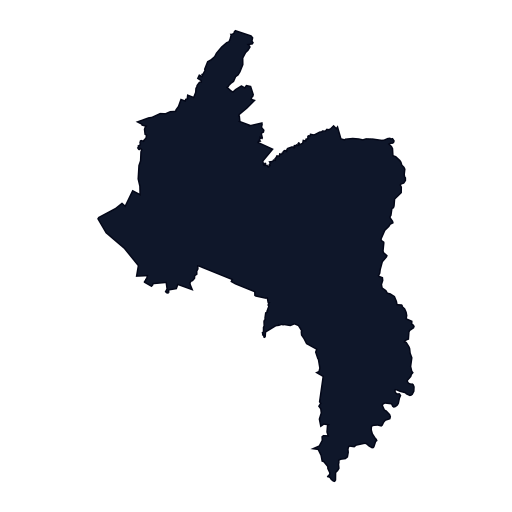 the district of Colima, Colima, Mexico
{"feature_id": "50627088B47907092422730", "entity_name": "Colima", "entity_type": "district", "adm_level": 2, "iso_a3": "MEX", "parent_name": "Mexico", "parent_adm1": "Colima", "projection": "orthographic", "projection_center": [-103.617, 19.099], "detail": "fine", "context": "isolated", "style": "filled", "palette": "ink", "viewbox_px": 512, "rotation_deg": 0, "n_neighbors": 0, "source": "geoboundaries", "source_scale": "gbopen_adm2", "svg_char_len": 6063}
<svg xmlns="http://www.w3.org/2000/svg" viewBox="0 0 512 512"><path d="M251.9,41.1L252.6,37.8L251.0,35.9L235.4,30.7L234.4,31.8L234.0,33.3L232.1,34.4L230.9,34.4L231.2,35.0L230.2,39.0L229.0,41.8L226.7,42.7L221.7,47.0L216.5,53.2L214.7,56.7L211.0,59.9L207.7,61.7L204.7,69.2L205.1,70.4L203.0,74.2L202.3,74.4L202.7,74.7L202.0,76.6L199.3,75.2L197.8,78.4L201.3,80.6L201.3,82.0L199.4,82.4L197.1,85.5L196.9,86.9L196.0,88.3L195.7,92.4L193.7,97.5L187.7,95.2L187.4,97.7L187.7,98.7L185.7,99.4L185.2,101.1L181.0,99.5L178.5,106.5L176.0,109.9L175.7,111.4L170.3,111.7L165.5,113.8L160.2,113.6L152.0,117.4L148.6,117.9L137.5,121.9L141.8,124.1L142.1,125.1L146.2,126.2L145.2,127.4L144.5,129.3L145.1,134.3L146.6,135.2L146.0,138.1L143.5,140.8L144.2,141.5L141.3,140.6L140.5,140.9L140.0,142.8L140.4,144.0L140.0,145.0L138.3,146.0L138.6,147.1L137.8,147.9L138.8,149.4L139.4,149.5L140.6,148.5L141.8,149.7L141.0,151.8L140.6,160.8L139.0,165.5L138.2,178.9L139.9,186.2L140.1,194.7L132.7,190.8L125.2,206.3L122.0,203.4L115.8,208.4L98.8,217.5L98.0,218.8L106.2,232.8L124.4,248.3L138.4,265.6L136.6,276.1L147.4,275.6L146.7,278.7L145.8,279.3L145.7,280.6L144.6,281.3L144.5,282.2L151.5,286.2L152.6,285.0L153.1,283.6L166.2,282.4L167.1,288.9L165.6,291.7L166.8,292.8L167.9,293.0L168.0,292.2L168.7,292.1L168.6,289.9L176.3,288.6L177.8,284.4L192.2,289.6L190.2,284.7L189.9,282.8L191.1,281.1L192.5,280.6L194.5,278.3L194.7,275.6L196.8,274.2L196.7,271.2L197.9,268.9L197.7,265.8L198.7,265.9L232.3,279.5L231.3,281.5L235.4,283.8L254.8,291.7L254.9,295.4L255.8,296.0L265.5,298.1L267.3,298.0L268.2,302.6L269.3,302.7L268.1,305.0L268.9,306.3L267.6,309.5L267.7,310.8L267.0,311.0L267.0,312.4L265.7,312.9L265.0,318.1L265.3,319.4L264.3,320.4L264.0,321.6L264.2,325.9L263.5,327.4L263.5,331.8L262.4,332.8L262.9,333.8L262.7,334.9L263.6,335.3L264.1,337.2L264.6,337.3L265.2,336.5L265.5,332.0L275.8,325.7L278.8,325.3L278.9,324.7L279.6,325.0L281.8,324.3L283.0,324.8L284.2,324.5L290.3,325.5L294.4,323.8L298.5,325.5L301.8,330.9L301.3,331.8L301.6,335.0L304.0,338.5L306.6,343.6L316.8,349.2L315.7,352.1L317.9,358.7L318.4,359.1L319.9,368.2L319.0,371.6L316.7,372.6L323.2,376.4L319.6,401.8L320.8,403.3L318.9,406.2L320.8,408.8L321.3,413.0L319.4,419.1L320.8,426.2L323.8,424.1L328.5,424.7L327.5,425.6L327.0,432.0L328.3,435.9L323.4,435.7L322.1,436.8L322.3,440.4L319.3,446.0L313.1,448.7L318.2,449.4L321.1,455.3L322.2,461.1L323.7,461.5L327.8,466.5L327.9,468.6L329.7,472.4L329.9,473.9L328.6,475.8L327.2,476.7L328.1,476.6L330.0,477.4L331.3,479.4L333.3,481.0L334.6,481.3L335.5,480.0L335.6,472.5L337.6,470.5L338.9,468.3L338.5,464.5L338.9,462.3L338.7,460.3L340.6,459.2L345.3,458.6L347.4,456.9L348.2,452.4L347.9,449.0L348.8,446.3L350.1,446.1L354.2,446.7L356.1,445.1L364.4,443.3L366.2,443.5L369.1,446.0L372.1,447.7L373.3,447.5L373.9,446.6L375.6,441.4L376.7,440.6L376.2,439.2L375.5,438.8L372.3,433.8L371.2,429.9L371.4,426.8L372.3,425.6L373.9,425.3L377.7,425.0L381.2,425.9L382.2,425.1L383.5,422.3L385.3,420.2L389.8,418.7L390.3,416.7L389.6,414.6L386.2,411.0L384.4,410.1L382.2,405.3L383.2,403.8L385.0,403.0L391.6,403.8L392.7,406.2L393.8,407.0L395.4,406.5L397.3,405.0L398.3,403.3L399.4,398.1L400.5,395.5L399.4,393.9L397.1,394.0L396.0,393.3L394.8,391.2L395.2,389.7L396.7,389.8L400.1,391.3L405.4,392.7L406.4,393.8L409.8,395.4L410.9,395.2L412.2,394.3L413.8,391.2L414.0,386.9L413.1,384.7L412.3,384.1L410.9,384.2L408.5,383.3L407.3,381.4L407.4,380.2L410.7,376.5L411.4,374.3L412.8,372.7L411.7,371.2L410.6,366.5L411.8,357.8L410.1,353.2L409.6,348.6L408.9,346.8L406.2,342.5L404.4,342.1L404.7,341.2L406.4,339.8L408.4,339.1L408.9,332.0L409.7,330.4L413.5,327.8L414.0,326.3L412.9,324.8L411.7,324.2L411.8,321.3L406.1,318.8L406.7,315.6L406.1,312.3L404.6,308.9L402.3,306.8L402.0,305.4L401.5,305.0L397.0,304.7L396.4,301.5L394.4,296.6L390.2,293.9L387.3,293.2L385.8,290.6L382.1,288.0L381.4,284.5L382.7,280.4L382.4,277.7L379.2,276.5L378.4,275.6L379.7,273.3L380.2,269.5L382.3,261.7L386.4,256.9L386.9,255.7L383.4,252.6L383.0,250.9L383.8,243.0L383.7,242.2L381.3,240.5L381.0,239.0L384.8,230.3L388.8,226.4L390.1,224.2L392.9,222.8L392.5,221.3L390.0,217.7L390.1,216.5L390.9,215.3L391.9,208.5L393.4,207.7L394.0,206.0L394.6,199.0L401.2,192.6L401.3,187.1L400.2,185.0L401.0,184.0L403.7,183.0L405.4,180.5L405.4,177.9L404.6,176.8L404.2,174.6L404.8,169.2L403.9,167.3L401.8,165.2L400.9,162.2L399.8,160.5L395.7,156.7L392.9,155.7L392.5,148.6L391.4,146.5L388.8,144.1L390.4,143.3L392.7,143.1L393.7,142.1L394.0,140.9L392.5,138.7L390.7,139.0L389.9,138.3L387.7,138.6L384.1,140.2L381.7,140.4L372.8,139.1L366.1,138.9L362.8,139.9L358.8,139.0L352.8,138.5L345.5,139.2L344.6,139.9L340.9,138.9L337.5,127.0L336.3,128.7L333.6,125.9L330.5,129.0L328.7,129.7L326.8,129.4L325.4,131.2L322.5,131.0L321.8,131.9L319.7,132.1L314.7,134.7L313.4,134.9L310.5,134.3L310.1,136.0L308.6,135.8L307.9,136.3L307.9,138.7L306.0,139.2L305.7,141.1L303.3,140.4L302.7,143.3L299.5,144.7L299.1,144.6L299.2,143.2L298.7,142.9L298.0,143.9L298.7,145.3L298.2,145.6L296.4,144.9L295.9,145.9L294.4,145.6L293.9,146.7L294.5,147.4L294.2,147.9L292.1,146.9L287.8,148.4L287.0,149.3L286.6,151.4L285.4,150.6L284.4,150.6L283.2,151.8L283.1,152.9L282.2,153.1L281.8,154.0L281.2,154.4L279.8,153.9L279.3,156.2L276.9,155.9L276.2,157.5L275.0,158.8L275.3,160.4L273.5,160.1L272.8,161.4L269.6,161.9L270.5,163.3L269.6,164.2L270.0,165.4L269.1,165.3L269.1,166.5L268.5,167.0L267.8,166.8L267.0,165.3L264.9,165.4L265.5,163.5L265.1,163.3L263.6,164.7L262.7,161.1L272.6,149.2L258.0,142.5L258.5,141.3L260.2,141.1L259.4,139.8L259.6,139.1L260.3,138.6L260.0,137.3L261.0,137.5L262.0,138.4L262.3,137.9L261.4,134.1L261.7,132.9L263.4,132.1L263.8,130.2L261.7,127.8L261.6,125.9L262.1,124.9L261.9,123.0L248.5,126.1L249.8,125.3L239.3,121.4L239.8,120.8L239.3,116.0L238.7,115.8L238.8,114.8L246.8,108.1L254.5,100.4L251.2,99.4L251.7,97.3L252.8,96.2L253.2,94.6L250.6,86.5L246.4,85.6L244.8,87.9L241.4,86.0L235.6,89.6L232.9,92.1L230.6,90.6L227.0,87.3L228.4,86.3L228.6,85.6L231.0,83.2L233.5,81.4L235.6,76.6L238.0,74.9L239.9,71.8L242.8,64.6L242.7,58.0L245.6,52.5L248.0,50.2L249.9,47.1L249.7,46.3L248.0,44.5L252.2,43.9L253.0,42.7L251.9,41.1Z" fill="#0f172a" stroke="#020617" stroke-width="1.5"/></svg>